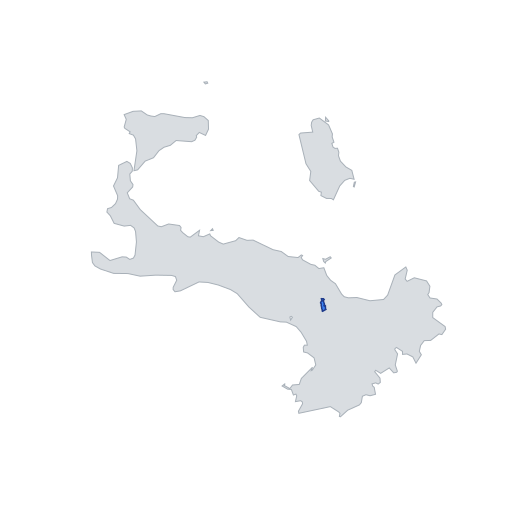 where Prato sits in Italy, rotated 158°
{"feature_id": "ITA-5385", "entity_name": "Prato", "entity_type": "Province", "adm_level": 1, "iso_a3": "ITA", "parent_name": "Italy", "parent_adm1": "", "projection": "orthographic", "projection_center": [11.096, 43.932], "detail": "fine", "context": "in_parent", "style": "filled", "palette": "blue", "viewbox_px": 512, "rotation_deg": 158, "n_neighbors": 0, "source": "natural_earth", "source_scale": "10m", "svg_char_len": 4440}
<svg xmlns="http://www.w3.org/2000/svg" viewBox="0 0 512 512"><g transform="rotate(158 256 256)"><path d="M113.1,113.5L115.6,115.2L125.7,112.3L131.7,114.5L136.9,111.4L140.3,106.4L139.7,102.5L147.8,96.7L148.4,103.7L152.7,108.6L157.0,109.9L155.9,112.7L160.0,118.6L161.8,118.1L162.4,117.1L161.4,112.2L167.7,102.8L168.1,96.2L169.1,95.5L172.1,96.1L174.4,102.3L184.4,100.5L187.8,105.2L189.3,104.3L186.8,96.3L188.1,92.2L190.7,91.5L192.5,93.5L196.3,94.0L196.5,91.6L195.6,90.0L197.0,83.0L202.6,83.7L206.0,86.2L209.9,86.1L213.3,80.6L215.9,79.2L228.7,78.7L238.0,75.3L238.8,76.0L237.1,78.7L237.7,80.4L243.5,88.5L275.2,94.1L274.8,96.2L268.2,101.5L267.7,103.4L268.8,105.1L274.0,106.2L270.6,111.1L270.7,113.0L273.4,113.1L273.2,119.0L276.6,120.7L280.5,125.7L276.8,126.8L278.3,125.4L274.3,120.4L270.4,122.7L264.0,120.7L259.8,125.5L245.3,131.7L247.8,129.0L246.7,129.0L241.4,132.6L240.3,139.8L244.5,146.8L247.8,149.2L246.4,153.6L244.5,155.2L241.8,154.1L241.1,158.0L242.7,168.2L245.1,175.4L252.6,183.3L258.1,185.8L275.1,197.6L281.6,211.1L287.5,228.1L292.2,234.4L301.8,243.2L310.5,249.5L318.6,253.3L339.2,252.0L344.5,253.2L345.4,256.0L344.5,258.0L338.6,263.2L338.4,267.1L341.5,269.6L356.1,275.8L371.0,280.7L381.3,287.7L394.5,293.2L405.1,302.2L409.1,307.2L410.1,311.2L408.2,318.4L407.1,321.4L399.7,318.0L393.1,306.5L380.5,305.4L376.7,303.6L374.3,300.1L370.4,300.0L367.8,302.2L361.6,313.8L358.5,323.8L358.5,327.7L360.8,331.4L367.0,333.1L375.3,339.4L376.0,347.9L377.8,352.6L375.9,355.5L371.9,355.1L366.6,357.2L363.1,360.6L361.7,363.7L361.9,374.3L355.1,380.4L349.4,391.5L340.3,392.1L337.9,388.9L337.6,384.0L339.0,380.9L342.3,379.3L344.3,372.8L343.3,368.3L344.5,366.2L351.7,362.8L351.7,356.4L348.8,353.7L345.9,342.3L335.8,320.6L332.8,318.6L325.0,318.4L315.5,312.9L314.8,310.5L316.3,308.0L315.1,304.9L312.0,299.4L309.9,298.1L298.7,301.0L301.8,296.3L297.6,293.6L290.6,293.8L290.6,291.8L285.4,282.9L281.9,279.3L269.1,277.8L264.9,279.5L258.5,273.9L252.7,271.8L237.9,255.5L230.9,250.7L226.4,243.5L217.6,238.8L213.6,240.0L212.6,239.0L214.7,237.6L214.2,234.9L208.3,227.7L204.9,225.4L202.4,220.8L197.5,219.7L197.7,211.4L195.9,205.5L192.7,200.5L190.9,188.6L189.5,185.2L186.0,182.6L178.0,179.7L167.1,171.8L154.0,167.9L148.6,170.4L134.3,186.4L121.2,189.7L121.1,186.2L126.3,178.8L125.4,175.9L117.4,176.5L107.2,169.0L106.1,162.8L109.3,157.2L111.2,155.9L110.4,151.9L104.3,148.3L102.0,143.0L101.9,141.3L103.6,140.5L107.2,141.0L113.2,137.6L115.2,132.7L107.1,119.7L107.6,117.1L113.1,113.5ZM247.5,186.7L247.9,183.6L245.2,185.5L246.0,186.9L247.5,186.7ZM337.2,380.8L327.0,398.2L323.8,409.7L324.4,414.0L327.7,417.0L326.2,418.3L329.8,423.5L329.9,425.0L325.1,431.3L325.3,436.5L315.8,436.2L308.0,433.5L304.0,427.5L300.9,425.1L297.6,423.2L291.0,423.6L288.0,422.4L270.1,411.0L263.2,408.0L255.3,407.3L252.1,404.7L249.5,399.5L252.5,391.4L257.6,386.7L262.3,391.8L266.3,390.0L266.5,388.4L269.3,386.2L272.9,386.1L286.8,393.0L294.0,390.7L300.5,391.3L306.5,390.0L314.2,385.5L323.2,385.5L333.5,380.2L337.2,380.8ZM173.6,292.5L178.0,305.9L173.5,313.9L175.1,322.8L170.7,352.5L168.6,353.3L157.0,349.6L155.9,356.4L154.3,359.2L152.0,360.9L145.6,360.2L139.6,350.3L139.4,340.6L140.8,337.8L141.1,332.3L143.5,332.0L143.8,328.2L142.5,326.2L140.1,325.4L140.3,321.2L142.0,318.0L142.2,312.3L139.3,304.9L135.1,299.5L136.3,290.4L139.9,292.9L145.4,292.9L152.1,289.6L163.2,279.1L164.6,281.1L169.1,283.0L173.2,287.7L171.5,290.7L173.6,292.5ZM194.4,223.5L195.3,225.6L195.0,228.6L192.8,226.9L187.5,227.5L187.0,226.0L193.4,224.7L194.4,223.5ZM141.1,355.2L139.5,358.6L137.9,354.0L138.2,353.4L141.1,355.2ZM139.7,283.9L137.2,287.6L135.9,287.4L139.1,283.2L139.7,283.9ZM239.2,436.7L236.1,435.9L236.0,434.3L238.5,434.5L239.2,436.7ZM288.5,296.5L286.1,297.6L286.1,295.8L288.5,296.5Z" fill="#d9dde1" stroke="#a8b0b8" stroke-width="1"/><path d="M215.0,179.8L215.1,180.0L215.2,180.3L215.1,180.5L214.8,180.8L214.7,181.1L214.7,181.3L214.7,181.6L214.8,182.4L214.8,182.6L214.5,183.2L214.0,186.0L213.4,187.1L213.4,187.3L213.5,187.6L213.6,187.8L213.7,188.1L213.7,188.4L213.5,188.6L212.4,189.6L211.8,189.7L211.5,189.9L211.5,190.1L211.4,191.9L211.2,191.9L210.5,191.5L209.6,191.2L209.4,191.0L209.2,190.3L209.1,190.1L210.1,189.5L210.3,189.3L210.6,188.9L210.6,188.7L210.4,188.1L210.4,187.8L210.5,187.5L210.6,187.1L210.5,186.3L210.6,185.9L210.7,185.5L210.9,185.2L211.1,185.0L211.3,184.8L211.6,184.4L211.3,184.0L210.9,183.6L210.4,183.7L211.3,181.1L211.2,180.3L214.9,179.8L215.0,179.8Z" fill="#3b82f6" stroke="#1e3a8a" stroke-width="1.5"/></g></svg>